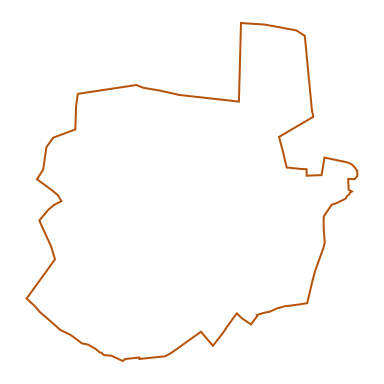 Katsina, Katsina, Nigeria (Mercator projection)
{"feature_id": "59680162B91304502238334", "entity_name": "Katsina", "entity_type": "district", "adm_level": 2, "iso_a3": "NGA", "parent_name": "Nigeria", "parent_adm1": "Katsina", "projection": "mercator", "projection_center": [7.634, 13.019], "detail": "fine", "context": "isolated", "style": "outline", "palette": "amber", "viewbox_px": 384, "rotation_deg": 0, "n_neighbors": 0, "source": "geoboundaries", "source_scale": "gbopen_adm2", "svg_char_len": 1492}
<svg xmlns="http://www.w3.org/2000/svg" viewBox="0 0 384 384"><path d="M26.6,298.6L35.1,306.4L39.3,311.5L53.0,323.4L60.1,329.8L70.5,334.9L76.3,339.1L81.8,343.3L88.0,344.6L95.7,349.0L100.1,352.6L101.4,352.7L104.0,355.1L111.3,355.7L122.8,361.0L125.2,359.0L139.3,357.5L139.4,359.0L148.7,358.0L164.9,356.3L167.2,355.2L171.5,352.7L177.4,348.6L189.1,340.2L201.0,331.7L205.6,337.2L212.9,345.8L223.2,332.6L226.7,327.3L231.2,321.0L233.3,318.0L235.9,314.6L236.9,313.4L239.4,315.9L242.2,318.5L251.0,324.4L256.8,316.6L257.1,316.4L256.7,315.1L260.0,314.0L264.1,312.8L269.7,311.7L277.0,308.4L285.8,306.0L288.4,305.9L298.5,304.5L307.2,303.2L309.7,292.6L310.6,288.7L312.2,281.9L315.0,271.3L323.3,248.2L324.8,242.7L323.8,230.5L323.6,221.9L323.8,216.4L327.4,211.0L331.7,204.7L337.4,202.8L339.8,201.4L341.9,200.6L345.7,198.5L346.4,197.1L347.3,195.8L349.0,194.6L350.0,192.9L351.9,191.5L348.7,189.9L348.2,181.0L348.3,178.9L354.6,179.2L357.2,176.2L357.4,171.2L355.0,167.7L352.0,164.6L349.3,163.1L346.9,162.3L324.5,157.6L321.6,175.1L306.6,175.7L306.7,173.9L306.5,169.2L300.3,168.9L286.7,167.5L283.6,154.7L283.7,154.3L279.0,136.9L313.3,116.8L311.9,110.2L304.8,35.8L296.3,30.4L274.8,26.4L264.1,24.5L247.8,23.5L241.0,23.0L238.9,101.6L179.5,95.0L159.4,90.5L143.3,87.8L136.3,85.0L78.1,93.8L77.7,94.7L76.1,106.0L75.3,129.4L53.2,137.7L46.4,147.2L43.2,169.5L37.0,179.3L51.8,190.1L57.8,195.1L61.4,201.1L54.0,205.0L48.7,209.3L39.3,220.5L51.2,246.7L55.0,259.3L26.6,298.6Z" fill="none" stroke="#b45309" stroke-width="2"/></svg>